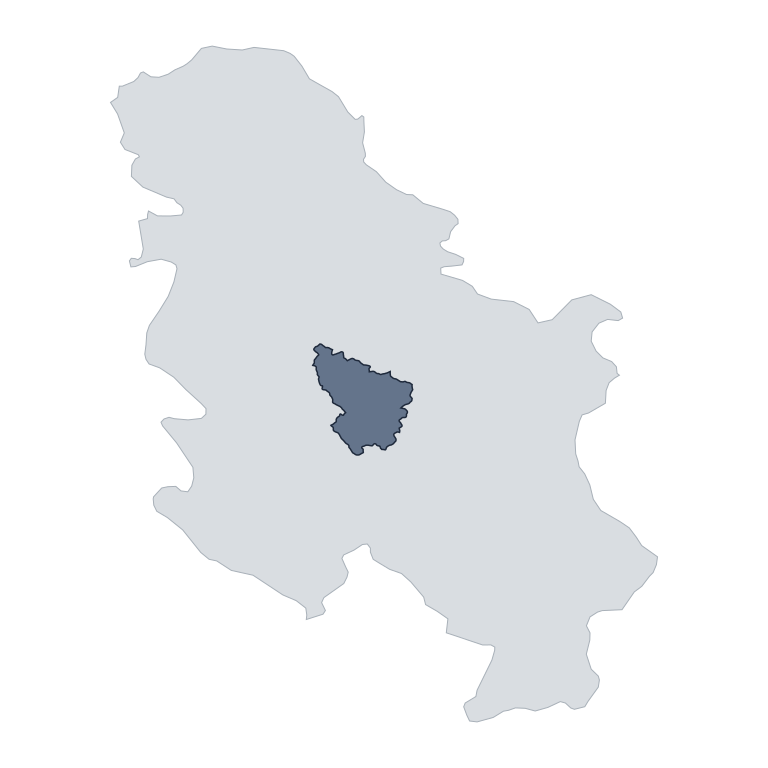 Republic of Serbia, with Šumadijski highlighted
{"feature_id": "SRB-839", "entity_name": "Šumadijski", "entity_type": "District", "adm_level": 1, "iso_a3": "SRB", "parent_name": "Republic of Serbia", "parent_adm1": "", "projection": "equal_earth", "projection_center": [20.746, 44.097], "detail": "fine", "context": "in_parent", "style": "filled", "palette": "slate", "viewbox_px": 768, "rotation_deg": 0, "n_neighbors": 0, "source": "natural_earth", "source_scale": "10m", "svg_char_len": 9346}
<svg xmlns="http://www.w3.org/2000/svg" viewBox="0 0 768 768"><path d="M441.0,274.1L462.5,280.4L472.3,286.3L477.5,294.0L491.2,299.1L513.6,301.6L529.2,309.5L538.0,322.9L552.2,319.7L571.8,299.9L591.2,294.7L610.3,304.2L620.8,312.0L622.6,318.1L618.2,320.6L607.6,319.4L598.9,323.2L592.1,331.9L591.2,341.2L596.1,351.1L602.9,357.9L611.7,361.6L616.4,366.8L617.1,373.4L619.4,375.2L614.4,378.2L609.1,382.7L606.1,390.5L605.4,403.2L588.5,413.0L582.1,414.9L579.3,421.4L575.0,439.9L575.7,453.9L578.0,461.0L579.1,466.8L584.7,473.9L589.8,484.9L593.3,499.3L600.8,510.5L619.8,521.5L629.3,527.9L636.3,537.2L641.7,545.6L657.5,556.8L656.4,564.7L653.1,572.6L649.5,576.2L641.8,586.3L634.3,591.9L622.0,609.7L602.2,610.6L597.5,612.1L590.0,616.9L586.4,625.8L590.0,632.9L589.8,640.1L586.3,654.2L591.2,669.2L598.3,676.1L599.4,680.0L598.3,687.1L588.0,701.4L584.8,706.7L574.4,709.3L570.8,708.0L565.4,703.0L560.3,701.6L547.9,707.4L535.2,711.0L525.2,708.3L515.4,707.9L508.5,710.3L503.4,711.2L493.3,717.4L477.1,721.9L469.6,721.0L466.8,715.1L463.7,706.8L465.2,703.0L475.9,696.5L477.1,690.2L491.9,660.1L494.7,650.3L494.8,647.1L490.9,644.9L482.7,645.0L446.3,632.8L447.9,618.8L437.2,611.3L425.6,604.6L423.7,597.1L410.9,582.0L401.5,573.5L389.6,569.3L379.3,563.1L373.2,559.3L370.4,552.2L370.4,548.1L367.3,544.0L362.4,544.5L354.0,550.1L343.7,554.9L341.9,558.4L345.6,566.8L348.2,572.1L347.0,577.1L343.8,583.5L323.9,597.6L321.6,602.6L325.4,610.5L323.0,614.2L306.3,619.5L306.8,615.1L305.8,608.1L296.3,600.7L282.8,594.9L253.0,575.2L241.6,572.7L231.3,570.4L216.7,560.9L209.1,559.3L200.8,552.5L182.7,529.9L167.3,517.5L156.8,511.3L153.8,505.2L153.2,498.9L153.6,496.8L161.7,488.0L167.9,486.7L175.8,486.4L181.0,490.9L187.8,491.8L191.7,486.1L193.8,477.8L192.9,467.3L176.6,442.9L162.6,425.9L161.0,422.2L164.0,419.0L169.0,417.3L174.3,418.7L188.1,419.9L201.4,418.4L205.9,414.2L206.0,408.6L201.2,403.5L185.8,389.5L173.8,377.2L159.6,367.8L149.1,364.0L146.0,359.3L144.8,354.2L146.0,344.8L146.8,332.9L149.4,325.4L159.0,311.3L168.2,296.4L173.9,282.0L177.0,268.7L175.9,264.9L171.2,262.0L161.2,259.2L147.3,261.7L135.5,266.5L130.9,266.9L129.4,260.9L131.3,258.3L135.0,258.6L138.0,259.7L141.3,257.0L143.3,249.0L138.7,221.1L147.5,218.6L147.6,214.6L148.5,211.0L157.5,215.9L170.3,216.0L181.5,215.0L183.2,212.3L183.1,208.3L180.8,205.2L176.9,202.7L174.0,198.8L166.5,197.1L142.9,187.1L131.4,176.4L131.9,165.2L135.4,159.0L139.4,156.8L138.3,154.7L125.0,149.5L120.4,142.2L124.3,132.9L117.6,114.0L110.5,102.4L117.7,97.4L118.7,90.3L119.3,86.2L122.3,86.2L133.8,81.5L138.0,77.6L140.5,73.0L143.3,71.9L150.9,76.8L159.0,77.3L168.2,74.2L175.0,69.8L183.2,66.2L187.0,63.8L191.7,59.9L201.4,48.4L212.2,46.1L226.7,49.0L242.3,50.0L254.0,47.4L283.7,50.7L290.1,53.4L294.2,56.3L301.9,66.1L309.4,78.8L319.8,84.7L332.1,91.6L338.5,96.7L347.8,112.0L355.2,119.4L357.7,119.1L360.2,117.1L361.9,115.6L363.8,117.0L363.9,121.6L364.4,131.9L362.6,142.8L365.3,153.2L365.4,156.4L363.5,159.3L363.7,162.0L366.3,164.8L376.4,171.7L385.8,182.2L396.5,189.7L406.5,194.5L412.8,194.8L423.2,203.4L443.6,209.5L450.2,211.7L454.6,215.2L457.9,219.3L458.1,223.6L455.0,225.8L450.6,231.7L448.9,238.9L445.6,240.7L442.3,240.9L439.9,243.0L440.5,246.1L443.2,249.0L447.5,251.7L455.7,254.4L463.7,258.4L463.6,261.5L462.0,264.9L451.8,266.1L444.2,266.7L440.7,268.1L441.0,274.1Z" fill="#d9dde1" stroke="#a8b0b8" stroke-width="1"/><path d="M357.3,455.0L356.3,454.9L355.6,454.6L355.3,454.4L354.5,453.9L354.2,453.6L353.2,453.1L352.6,452.7L352.4,452.4L352.0,451.7L350.8,449.8L350.2,448.8L349.8,448.3L349.1,447.6L349.0,447.3L348.9,447.1L348.9,446.7L348.9,445.9L348.8,445.5L348.5,445.1L347.9,444.5L346.2,443.5L345.5,442.9L345.1,442.4L344.2,441.3L343.4,440.4L341.5,438.6L341.2,438.2L340.8,437.3L339.9,435.7L339.5,434.8L339.1,434.2L338.4,433.3L337.9,432.8L337.5,432.6L336.9,432.4L336.1,432.1L335.5,431.9L334.4,431.3L333.7,430.7L333.5,430.4L333.3,430.0L333.3,428.1L333.2,427.5L333.0,427.2L332.7,426.9L332.2,426.6L331.6,426.1L331.1,425.7L330.9,425.3L332.9,424.3L333.4,424.0L334.6,422.9L335.7,422.2L336.0,421.9L336.2,421.5L336.3,421.2L336.3,420.8L336.2,420.3L336.2,419.9L336.2,419.6L336.5,418.7L337.0,417.9L337.4,417.5L338.1,416.9L339.1,416.3L339.5,415.9L339.6,415.6L339.7,415.4L339.8,414.6L339.9,414.4L340.0,414.2L340.3,414.0L340.6,414.0L340.8,414.1L341.0,414.2L342.1,415.0L342.5,415.2L342.9,415.3L343.2,415.3L343.4,415.2L343.6,415.0L343.9,414.3L344.4,413.7L345.1,413.0L345.6,412.7L343.8,410.4L343.5,410.1L342.6,409.4L342.3,409.1L342.1,408.8L341.7,408.1L341.5,407.8L341.2,407.5L340.4,406.8L340.1,406.5L339.4,406.2L336.9,405.0L336.1,404.6L335.1,403.9L333.7,403.3L333.3,403.0L333.0,402.8L332.8,402.5L332.6,402.1L332.7,400.4L332.7,399.4L332.5,398.9L332.1,398.0L331.7,397.1L331.3,396.6L330.1,395.4L329.9,395.0L329.8,394.7L329.6,393.2L329.4,392.9L329.2,392.6L328.2,391.8L327.3,391.3L326.3,390.3L325.9,390.1L325.1,389.9L323.4,389.7L322.8,389.5L322.4,389.3L322.2,388.9L322.1,388.6L322.1,388.2L322.5,386.9L322.5,386.4L322.5,386.0L322.4,385.8L321.7,385.8L321.3,385.7L320.9,385.5L320.6,385.3L320.3,384.9L319.9,384.1L319.6,383.5L319.4,382.8L319.0,381.6L318.8,380.4L318.5,379.3L318.5,378.9L319.0,377.4L319.0,377.0L319.0,376.7L318.8,376.5L317.8,375.3L317.3,374.5L317.4,373.4L317.4,372.7L317.3,372.3L316.9,371.4L316.4,370.3L316.2,369.6L316.2,368.8L316.3,367.6L316.3,367.2L316.0,366.8L315.8,366.5L315.1,366.0L314.3,365.7L312.8,365.4L312.9,365.2L313.2,364.5L313.9,363.7L314.1,363.4L314.3,363.1L314.3,362.7L314.3,361.0L314.3,360.4L314.3,360.2L314.5,359.8L314.8,359.4L315.4,358.8L316.9,356.7L317.3,356.2L318.4,355.3L318.6,355.1L318.7,354.8L318.6,354.5L318.4,354.1L317.2,352.7L316.0,352.0L314.2,350.3L314.1,350.1L313.9,349.7L313.8,349.3L313.9,349.1L313.9,348.9L314.1,348.6L314.7,347.8L315.3,347.1L315.6,346.8L316.1,346.6L316.9,346.4L317.5,346.2L319.9,344.0L321.1,344.2L321.7,344.5L323.1,345.7L324.5,346.6L325.4,347.5L325.6,347.6L325.9,347.6L327.2,347.5L328.3,347.7L328.8,347.8L330.4,348.8L332.5,349.7L331.9,351.6L331.8,352.1L331.7,353.1L331.7,353.6L331.8,354.1L331.9,354.4L332.1,354.6L332.6,354.9L332.8,354.9L333.2,354.9L333.6,354.8L334.5,354.4L336.1,354.0L337.2,353.5L339.3,352.8L340.8,352.0L341.2,351.8L341.6,351.8L342.2,351.9L342.7,352.1L342.9,352.3L343.1,352.6L343.3,353.0L343.3,353.4L343.4,354.9L343.7,356.3L343.6,357.1L343.7,357.4L343.8,357.6L344.0,357.9L344.3,358.2L345.2,358.5L345.5,358.7L346.1,359.3L347.3,360.7L349.2,359.7L351.0,358.8L351.9,358.5L352.3,358.5L352.7,358.5L353.2,358.7L353.8,358.9L354.9,359.9L355.3,360.1L355.6,360.2L356.4,360.4L358.1,360.6L358.7,360.8L359.1,361.0L359.6,361.5L360.2,362.3L360.6,362.8L361.6,363.5L363.5,364.9L366.0,365.1L368.0,365.5L368.4,365.6L369.4,365.9L369.8,366.1L370.1,366.4L370.2,366.6L370.3,366.8L370.3,367.0L369.9,367.6L369.3,368.2L369.1,368.5L369.0,368.8L369.0,369.2L369.2,370.2L369.3,370.7L369.3,371.8L371.0,371.6L372.9,371.3L373.7,371.4L374.3,371.6L374.9,372.0L375.6,372.5L376.2,373.1L376.7,373.4L377.4,373.6L377.9,373.5L378.6,373.6L379.3,373.9L380.0,374.3L380.6,374.5L381.0,374.5L381.3,374.4L382.4,374.0L384.9,373.6L386.0,373.2L387.0,373.0L390.2,371.5L390.2,373.6L390.4,375.4L390.5,375.8L390.7,376.2L390.9,376.5L391.8,377.1L392.7,377.9L393.2,378.2L394.0,378.6L395.7,378.9L396.4,379.1L399.1,380.8L400.5,381.7L401.8,381.8L402.8,381.9L403.2,381.9L404.6,381.4L405.1,381.4L405.4,381.5L405.7,381.6L406.4,382.2L407.0,382.4L409.2,382.7L409.9,383.0L410.6,383.4L411.3,384.1L412.1,384.5L412.0,386.0L412.3,388.2L412.7,389.7L410.8,392.8L410.8,393.2L410.7,393.4L410.2,394.5L410.1,394.9L410.0,395.3L410.1,395.8L410.2,396.1L410.4,396.4L412.1,398.4L411.9,400.1L411.7,400.8L411.3,401.3L410.1,402.2L409.5,403.0L409.2,403.3L408.3,403.8L406.9,404.2L405.7,404.5L404.6,405.0L402.7,406.3L400.9,408.0L404.7,408.8L405.2,409.1L405.5,409.3L407.1,411.0L407.3,411.4L407.4,411.8L407.4,412.1L407.4,412.5L407.3,412.9L406.6,413.9L406.5,414.2L406.4,414.6L406.5,415.4L406.4,416.2L406.2,416.7L406.0,417.0L405.7,417.2L405.5,417.3L405.0,417.5L404.6,417.5L402.8,417.5L402.3,417.7L401.9,417.9L400.8,419.0L399.9,419.5L399.6,419.7L399.3,420.0L399.2,420.3L399.1,420.7L399.2,421.0L399.3,421.3L399.4,421.6L400.4,422.5L400.6,422.8L400.8,423.2L401.1,423.8L401.8,424.8L401.9,425.0L402.0,425.3L402.0,425.6L402.0,426.0L401.9,426.3L401.7,426.5L400.6,427.3L399.5,427.9L399.2,428.1L399.2,428.3L399.2,428.5L399.7,430.3L399.8,430.8L399.7,431.5L399.5,432.4L398.2,432.0L397.5,432.0L397.1,432.0L396.8,432.1L396.0,432.6L394.6,433.3L394.1,433.8L393.9,434.1L393.8,434.5L393.7,434.8L394.1,436.0L394.4,436.5L394.9,437.2L395.7,438.5L395.9,438.9L396.0,439.3L396.0,440.3L395.9,440.7L395.7,441.2L395.4,441.5L394.7,442.1L393.4,443.7L392.6,444.2L391.4,444.9L391.0,445.0L389.8,445.2L389.2,445.4L388.0,446.1L387.2,446.6L386.8,447.1L386.5,447.6L386.2,448.2L385.9,449.2L385.8,449.4L385.5,449.7L385.2,449.9L384.8,449.8L383.9,449.6L383.4,449.5L381.6,449.4L381.1,448.6L380.6,448.3L380.5,448.1L380.4,447.8L380.3,447.3L380.2,447.0L380.1,446.7L379.8,446.4L379.7,446.1L377.7,445.7L377.0,445.4L376.7,445.2L376.2,444.4L375.9,444.1L375.6,443.9L375.3,443.8L375.0,443.7L374.6,443.7L374.3,443.8L373.8,444.1L373.4,444.5L372.6,445.5L372.3,445.7L372.1,445.8L371.6,445.8L369.7,445.5L368.2,445.2L366.6,445.2L365.7,445.3L364.1,446.1L362.6,446.5L362.3,446.7L362.0,446.9L361.8,447.2L361.7,447.6L361.8,447.9L362.0,448.2L363.0,449.1L363.1,449.3L363.2,449.6L363.1,450.9L363.3,452.1L363.3,452.3L363.3,452.5L363.1,452.7L362.9,452.8L361.9,453.3L360.0,454.4L359.3,454.8L358.3,455.0L357.3,455.0Z" fill="#64748b" stroke="#1e293b" stroke-width="1.5"/></svg>